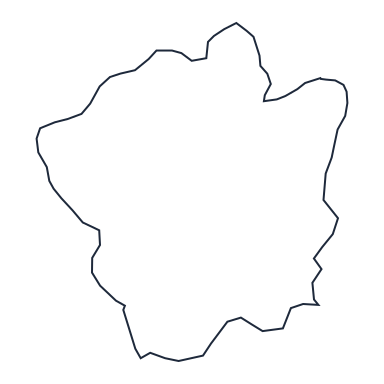 Ulricehamn, Västra Götaland, Sweden
{"feature_id": "70781695B39673713776629", "entity_name": "Ulricehamn", "entity_type": "district", "adm_level": 2, "iso_a3": "SWE", "parent_name": "Sweden", "parent_adm1": "Västra Götaland", "projection": "albers", "projection_center": [13.518, 57.833], "detail": "fine", "context": "isolated", "style": "outline", "palette": "slate", "viewbox_px": 384, "rotation_deg": 0, "n_neighbors": 0, "source": "geoboundaries", "source_scale": "gbopen_adm2", "svg_char_len": 1132}
<svg xmlns="http://www.w3.org/2000/svg" viewBox="0 0 384 384"><path d="M320.4,78.1L305.1,83.0L297.4,89.1L285.4,96.0L276.8,99.4L263.9,101.2L264.8,95.2L270.8,84.0L267.3,73.7L260.4,65.9L259.5,55.6L253.5,36.8L246.6,30.8L236.3,23.0L224.3,29.1L214.0,35.9L208.0,41.9L206.3,58.2L191.7,60.8L181.4,53.1L171.9,50.5L158.2,50.5L156.5,50.5L148.7,59.0L135.0,70.2L120.4,73.6L110.0,77.0L99.7,86.4L90.2,103.6L81.5,113.9L67.7,119.0L54.8,122.3L43.2,127.0L40.1,128.3L36.6,138.6L38.3,152.4L46.8,167.1L49.3,180.9L53.6,188.7L61.3,198.2L72.5,210.3L82.8,222.5L99.2,230.3L100.0,245.0L92.2,257.9L92.0,272.6L100.1,285.7L116.0,300.7L124.9,305.7L123.3,309.9L128.6,327.0L135.3,348.7L140.7,358.2L150.2,352.8L165.1,358.2L178.6,361.0L203.0,355.6L211.1,343.4L219.3,332.5L227.4,321.7L240.9,317.6L251.7,324.4L262.6,331.1L282.9,328.4L290.9,308.1L303.1,304.0L318.4,304.9L314.0,299.5L312.4,282.8L321.5,269.1L313.9,258.5L322.2,247.1L332.8,234.1L338.0,218.2L323.5,200.0L325.7,173.5L331.0,159.4L331.7,157.5L333.9,146.9L337.6,129.5L345.2,115.9L347.4,103.0L346.6,91.7L343.5,84.9L335.2,80.4L326.1,79.6L320.8,78.9L320.4,78.1Z" fill="none" stroke="#1e293b" stroke-width="2"/></svg>